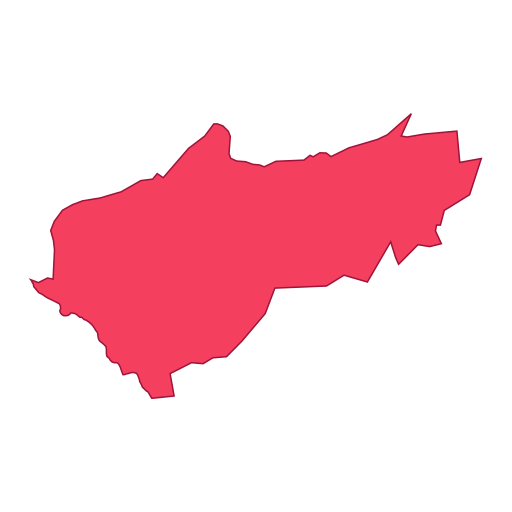 the district of Artashat, Ararat, Armenia
{"feature_id": "60910142B11661683743390", "entity_name": "Artashat", "entity_type": "district", "adm_level": 2, "iso_a3": "ARM", "parent_name": "Armenia", "parent_adm1": "Ararat", "projection": "mercator", "projection_center": [44.574, 40.021], "detail": "fine", "context": "isolated", "style": "filled", "palette": "rose", "viewbox_px": 512, "rotation_deg": 0, "n_neighbors": 0, "source": "geoboundaries", "source_scale": "gbopen_adm2", "svg_char_len": 1969}
<svg xmlns="http://www.w3.org/2000/svg" viewBox="0 0 512 512"><path d="M213.8,123.9L204.7,136.1L188.7,148.2L163.2,177.7L157.2,173.6L152.7,179.1L140.8,180.6L120.9,191.9L114.9,193.6L100.1,198.0L82.7,200.8L72.6,204.6L62.5,210.2L54.3,221.3L50.7,230.5L53.5,240.7L54.5,249.9L53.1,279.1L47.5,278.0L38.4,282.6L30.7,279.7L31.7,281.1L32.2,282.2L32.5,283.0L33.3,283.7L33.5,285.7L34.1,287.2L35.4,288.5L36.7,290.3L37.7,291.2L38.5,292.5L40.3,293.4L41.9,294.2L43.3,295.1L45.5,296.7L48.5,298.4L51.0,299.5L59.0,303.6L59.6,304.2L60.4,306.1L60.6,308.6L59.8,310.8L60.3,312.7L61.6,314.4L63.6,315.6L65.9,315.8L68.3,315.3L69.9,314.1L70.3,313.7L71.0,312.9L73.5,313.2L75.7,313.9L78.2,315.9L79.7,317.2L81.9,317.4L83.1,318.6L83.8,319.2L84.3,319.6L86.1,320.2L89.1,322.2L91.1,324.0L92.7,325.6L94.6,328.4L95.7,330.4L97.1,332.1L97.8,333.5L97.9,335.6L98.3,338.1L99.0,340.0L100.0,341.3L102.2,343.0L104.0,344.5L106.0,346.7L106.4,349.4L106.4,351.7L106.4,353.8L106.8,356.0L107.4,356.9L109.1,358.2L110.4,360.4L112.1,362.0L114.2,362.7L117.0,362.7L118.6,364.0L120.2,367.0L121.3,370.2L122.5,373.4L123.0,374.7L124.6,374.6L126.3,373.9L128.6,373.5L130.2,372.9L130.8,372.7L133.7,372.5L136.6,373.4L137.9,375.6L138.1,376.1L139.3,379.3L139.7,381.5L141.2,384.2L142.5,387.3L144.4,389.0L146.1,390.8L147.9,391.8L151.8,398.3L174.1,396.0L170.1,373.6L191.5,362.7L203.1,363.7L212.9,357.8L226.5,356.7L242.0,341.0L265.2,313.6L274.9,288.1L326.5,286.0L344.0,275.2L367.4,282.0L390.7,241.8L395.6,257.5L398.6,264.3L418.0,244.7L429.7,246.6L441.4,243.7L435.5,231.0L436.5,225.1L440.4,225.1L444.3,210.4L469.6,194.7L481.3,158.5L459.8,162.4L456.9,131.1L424.7,134.0L407.1,137.0L401.2,136.0L411.3,113.7L391.8,130.9L387.3,134.8L377.3,139.5L349.0,147.8L331.0,156.6L326.2,153.0L319.8,152.8L313.2,156.8L310.0,155.3L304.0,160.1L275.9,161.3L264.2,166.8L259.7,165.0L252.7,164.3L245.6,161.7L236.5,161.0L230.7,158.3L229.0,153.6L230.3,136.4L228.3,131.3L222.9,125.9L217.5,123.9L213.8,123.9Z" fill="#f43f5e" stroke="#9f1239" stroke-width="1.5"/></svg>